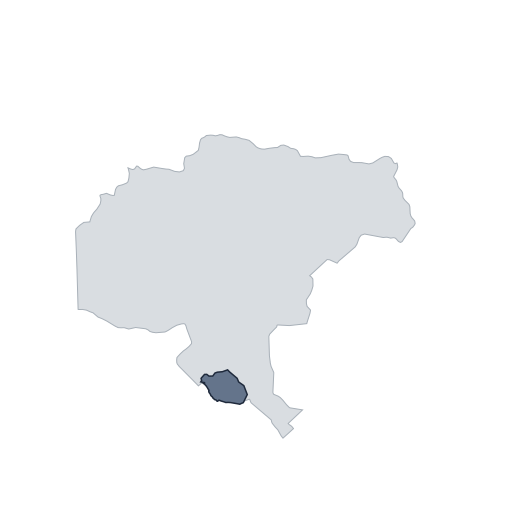 Maban, Upper Nile, South Sudan (highlighted), rotated 137°
{"feature_id": "79223893B87220542132951", "entity_name": "Maban", "entity_type": "district", "adm_level": 2, "iso_a3": "SSD", "parent_name": "South Sudan", "parent_adm1": "Upper Nile", "projection": "natural_earth1", "projection_center": [33.834, 10.017], "detail": "fine", "context": "in_parent", "style": "filled", "palette": "slate", "viewbox_px": 512, "rotation_deg": 137, "n_neighbors": 0, "source": "geoboundaries", "source_scale": "gbopen_adm2", "svg_char_len": 5250}
<svg xmlns="http://www.w3.org/2000/svg" viewBox="0 0 512 512"><g transform="rotate(137 256 256)"><path d="M383.7,382.5L371.5,396.7L370.6,397.5L369.1,398.6L364.1,398.7L359.0,398.0L354.3,394.3L349.5,397.1L346.5,398.0L344.7,398.4L340.4,398.8L334.5,400.3L331.8,402.2L330.3,403.8L329.1,406.5L328.5,406.8L327.4,406.5L325.8,405.4L322.6,403.8L321.0,400.2L319.6,398.1L318.3,397.0L313.3,400.5L310.8,401.3L308.8,401.2L305.1,399.2L301.0,397.6L299.0,397.6L295.8,399.7L292.3,402.8L290.4,406.0L289.5,407.8L288.3,405.0L287.1,403.2L285.4,402.5L282.0,403.2L281.2,402.2L281.0,399.8L280.5,397.5L279.6,395.8L277.0,394.2L270.2,390.8L265.0,384.0L262.4,380.8L260.5,378.8L257.8,373.4L254.7,369.7L251.0,368.0L248.5,368.9L245.9,372.8L241.1,376.5L238.9,376.6L236.1,374.6L232.6,373.2L226.2,372.6L223.6,374.3L220.1,377.2L217.2,378.9L215.4,379.1L213.7,378.4L211.8,378.0L210.2,378.0L206.8,375.4L205.0,373.5L203.8,371.6L201.9,370.4L199.7,369.4L198.1,367.7L197.3,365.7L196.0,363.1L194.4,360.7L189.2,356.5L187.6,354.0L186.5,351.6L184.4,348.9L182.2,345.3L181.5,340.1L181.4,335.8L180.9,333.9L179.9,331.9L178.8,330.3L177.0,328.4L172.8,325.7L168.4,322.5L166.3,320.7L162.4,320.0L160.0,318.2L158.0,314.3L157.2,311.1L155.2,308.6L154.3,306.8L153.9,304.8L155.5,298.5L153.2,296.3L149.7,293.4L147.3,290.3L145.8,287.4L141.4,283.6L131.8,277.9L126.2,274.3L123.2,271.0L120.5,267.8L120.3,266.5L122.0,263.3L122.3,260.7L120.9,257.8L115.1,252.3L110.6,246.3L107.1,244.4L98.7,242.8L96.3,242.1L93.8,241.0L91.3,238.3L90.5,235.1L91.7,229.9L91.0,228.4L89.5,227.9L89.9,226.9L91.6,224.4L94.2,222.8L101.1,220.3L101.5,219.3L101.7,216.1L102.2,214.5L104.6,210.1L105.0,208.3L105.1,204.6L105.5,202.8L106.2,201.5L108.1,199.3L108.8,198.0L109.1,195.1L108.9,189.4L109.9,187.1L114.3,181.9L115.5,179.6L115.9,177.5L115.9,175.4L116.1,173.3L117.4,171.3L118.6,170.7L121.8,170.1L124.0,170.5L139.3,166.9L141.1,167.4L141.9,169.5L141.8,172.9L142.1,174.5L142.9,175.6L145.3,177.2L147.0,179.9L147.9,180.9L150.3,182.7L161.6,198.0L164.9,199.5L168.0,199.0L174.2,195.8L177.3,195.0L199.0,195.9L201.4,195.4L201.6,195.5L204.8,203.1L206.4,204.9L230.2,205.0L229.8,202.8L230.1,200.4L234.3,195.7L234.9,195.1L238.6,192.9L242.1,191.3L249.1,189.6L251.6,186.8L253.0,184.3L253.0,179.3L254.0,178.5L255.6,177.3L263.6,172.8L265.0,171.9L279.0,182.3L286.9,190.5L287.4,190.9L287.8,191.0L288.2,190.8L288.6,190.4L289.5,190.0L292.9,189.9L299.3,189.5L301.4,188.5L314.3,173.8L317.6,169.2L318.4,168.2L320.3,164.9L322.3,159.1L322.6,158.5L336.7,144.7L337.2,143.6L337.4,142.8L335.3,138.2L334.8,135.8L334.7,132.2L335.1,126.5L335.0,123.0L334.8,122.0L334.7,121.8L326.9,111.7L346.7,111.6L346.7,110.3L346.7,109.9L346.3,108.7L346.1,107.1L346.1,106.2L346.2,105.4L346.2,104.9L346.2,104.5L346.2,104.3L346.3,104.2L360.5,104.4L360.3,107.2L358.6,114.0L358.6,118.0L358.2,122.6L357.7,124.0L357.0,125.1L356.7,125.7L356.7,126.2L359.7,152.0L359.4,153.0L358.7,154.6L358.5,155.2L358.4,155.6L358.7,155.9L365.3,158.7L365.6,158.8L365.9,159.1L368.2,162.4L381.2,174.6L381.6,175.2L383.0,179.1L383.1,179.7L383.2,180.6L383.1,181.3L382.8,183.6L382.9,184.6L383.1,185.3L383.3,186.1L383.3,186.3L383.2,186.9L381.3,191.4L380.6,194.5L380.4,197.2L380.6,198.7L380.8,199.7L381.0,200.1L386.7,200.3L386.7,201.7L387.4,225.0L387.5,227.6L387.2,230.8L386.6,232.1L385.0,234.0L383.0,235.7L378.0,236.1L373.8,236.1L370.8,235.7L366.7,235.5L362.9,235.9L361.5,237.3L356.4,249.7L354.8,252.8L354.4,254.6L354.9,255.7L356.9,257.2L361.2,259.4L366.2,260.7L369.9,261.3L372.5,261.9L374.4,262.5L381.5,268.1L383.7,270.8L385.0,273.1L385.3,275.5L386.3,278.0L392.8,285.8L398.9,289.4L401.3,293.5L403.6,295.5L405.7,297.7L406.9,300.9L409.5,310.2L411.3,315.1L413.2,319.1L413.9,325.5L415.4,328.4L416.9,332.0L419.3,335.2L422.0,337.6L422.5,338.3L395.8,368.6L383.7,382.5Z" fill="#d9dde1" stroke="#a8b0b8" stroke-width="1"/><path d="M381.4,199.0L381.4,198.8L381.3,198.4L381.0,197.3L381.0,197.1L381.1,196.4L381.0,196.1L381.0,195.6L381.0,195.4L381.1,195.0L381.0,194.6L381.2,194.2L381.2,193.9L381.3,193.3L381.3,193.0L381.4,192.7L381.6,192.0L381.7,191.8L381.7,191.6L381.7,191.3L381.8,191.0L381.9,190.6L381.9,190.4L381.9,190.2L382.0,190.0L382.0,189.8L382.1,189.7L382.3,189.6L382.5,189.6L382.7,189.4L382.9,189.1L383.0,189.0L383.0,188.9L383.1,188.7L383.4,188.3L383.5,188.0L383.4,187.7L383.4,187.4L383.5,187.2L383.5,186.8L383.6,186.6L383.7,186.3L383.7,186.1L383.7,185.9L383.7,185.7L383.8,185.6L383.9,185.4L384.1,185.1L384.2,184.6L384.2,184.3L384.2,184.0L384.1,183.8L384.1,183.6L384.1,183.3L384.1,183.1L384.0,182.9L384.1,182.6L384.1,182.3L384.2,181.9L384.3,181.7L384.4,181.3L384.2,180.8L384.2,180.5L384.2,180.1L384.2,179.9L384.3,179.6L384.3,179.4L384.1,179.0L383.9,178.8L383.7,178.5L383.5,178.3L383.5,178.1L383.5,177.7L383.4,177.4L383.4,177.1L383.5,176.9L383.5,176.6L383.5,176.4L383.4,176.2L383.2,176.0L382.9,175.9L382.7,175.9L382.4,175.9L382.1,175.9L381.9,175.9L381.6,175.9L381.4,175.8L381.3,175.6L381.2,175.5L380.9,175.0L380.4,173.8L380.2,173.4L378.5,170.5L378.2,169.7L377.5,169.0L376.3,168.0L374.6,166.2L370.5,160.8L368.9,158.6L368.0,158.4L365.3,157.4L356.9,160.6L353.3,169.5L354.6,175.7L353.2,179.4L354.4,189.5L354.4,192.1L359.5,194.3L363.5,197.4L365.8,198.4L369.5,197.7L372.3,200.2L372.7,203.0L374.4,204.5L379.6,204.0L380.7,202.0L382.3,201.6L380.0,198.5L380.2,198.2L381.4,199.0Z" fill="#64748b" stroke="#1e293b" stroke-width="1.5"/></g></svg>